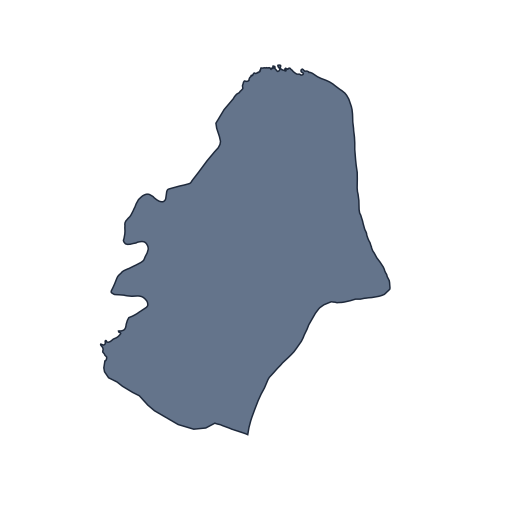 Xonbuly, Savannakhét, Laos (Albers equal-area conic projection), rotated 125°
{"feature_id": "54806243B48815004999342", "entity_name": "Xonbuly", "entity_type": "district", "adm_level": 2, "iso_a3": "LAO", "parent_name": "Laos", "parent_adm1": "Savannakhét", "projection": "albers", "projection_center": [105.481, 16.402], "detail": "fine", "context": "isolated", "style": "filled", "palette": "slate", "viewbox_px": 512, "rotation_deg": 125, "n_neighbors": 0, "source": "geoboundaries", "source_scale": "gbopen_adm2", "svg_char_len": 5985}
<svg xmlns="http://www.w3.org/2000/svg" viewBox="0 0 512 512"><g transform="rotate(125 256 256)"><path d="M74.9,318.4L75.2,320.0L75.4,320.5L75.7,320.9L76.6,322.0L76.6,322.5L76.3,324.1L76.3,324.9L76.3,325.2L76.7,325.5L77.3,325.7L77.9,325.7L78.6,325.3L78.9,325.0L79.2,324.4L79.1,322.4L79.3,321.9L79.5,321.7L80.0,321.6L80.7,321.7L82.0,322.8L82.0,324.2L82.1,324.7L83.3,326.3L83.6,327.0L83.7,328.2L83.6,331.2L83.1,332.9L83.1,334.2L82.9,335.0L82.7,335.6L82.8,336.1L83.0,336.5L83.3,336.8L83.7,336.8L84.1,337.0L84.4,337.0L84.6,337.4L84.8,337.3L85.0,337.4L85.2,338.8L85.1,339.3L85.3,339.5L86.3,339.6L86.4,339.4L86.2,339.1L86.2,338.9L86.6,338.5L86.8,337.8L87.2,337.7L87.4,337.8L87.6,338.3L87.8,339.1L87.8,339.7L88.3,340.5L88.4,341.6L88.6,342.0L88.3,343.4L88.2,343.7L87.5,344.3L86.2,344.7L85.8,345.2L85.9,345.8L86.4,346.7L86.9,347.0L87.1,347.4L87.4,347.4L87.8,347.1L88.1,346.5L88.4,346.2L88.4,345.6L88.7,345.2L88.8,344.4L88.9,344.1L89.1,343.8L89.7,343.4L90.8,343.3L91.2,343.4L92.2,343.9L92.4,344.1L92.4,344.3L92.4,344.8L91.7,347.4L91.6,348.0L91.4,348.2L90.6,348.6L90.0,349.3L90.0,349.6L90.2,349.8L91.0,349.5L90.5,350.5L90.5,350.9L90.7,351.0L91.0,350.6L91.3,350.7L91.7,350.5L91.9,350.4L92.0,349.8L92.4,349.7L92.5,349.7L92.9,350.1L93.1,350.8L93.3,350.8L93.7,350.6L94.0,350.8L94.5,350.8L94.5,351.0L94.1,351.4L93.9,351.7L94.1,352.0L94.0,352.5L94.1,353.0L94.2,353.3L94.7,353.6L94.8,353.9L95.5,354.7L95.8,355.5L96.0,355.5L96.3,356.0L96.7,356.3L97.1,357.3L97.6,357.6L97.8,357.9L98.3,358.3L98.8,359.3L99.3,359.8L100.3,359.3L101.8,359.2L102.0,359.0L102.0,358.7L103.2,358.7L103.7,359.2L103.8,359.4L104.1,359.6L104.4,359.7L105.0,359.6L105.3,360.1L106.5,360.7L106.7,361.0L106.9,361.4L106.9,361.8L107.1,362.4L107.5,362.6L109.3,362.6L109.8,362.4L110.1,362.4L110.5,362.7L110.6,363.4L110.8,363.5L111.1,363.5L111.5,363.3L111.6,363.1L111.9,363.1L113.0,363.4L113.9,363.4L115.4,363.0L115.9,362.6L116.2,362.5L116.6,362.6L117.5,363.0L118.3,363.8L118.6,364.2L118.9,365.1L119.3,365.9L120.9,365.9L121.8,365.5L124.4,364.7L125.9,363.2L126.3,362.9L126.8,362.8L129.1,363.1L130.0,363.4L131.8,363.4L134.6,364.7L137.7,365.0L140.3,364.8L154.3,366.1L170.2,365.0L173.9,361.5L179.2,354.4L182.5,350.8L185.2,349.5L189.1,349.0L194.3,349.7L205.9,350.7L220.6,351.1L231.0,351.6L231.8,351.5L233.2,351.5L234.2,351.7L235.4,352.5L238.9,355.4L242.6,358.8L249.6,364.6L251.1,365.8L252.0,366.3L252.6,366.4L253.6,366.3L254.6,366.0L259.1,363.7L260.9,362.8L262.4,362.5L264.0,362.8L265.0,363.4L265.8,364.6L266.2,365.4L266.7,367.0L266.9,369.6L266.7,372.9L266.4,374.2L266.4,375.0L266.7,378.4L267.1,379.6L267.9,380.8L268.7,381.6L270.2,382.6L271.8,383.4L273.7,383.9L277.1,384.6L281.9,384.1L285.1,383.3L287.9,382.9L289.1,382.6L293.5,382.0L294.8,381.9L296.2,381.9L298.1,382.3L302.1,382.7L304.0,382.3L305.3,381.6L306.4,380.7L308.0,379.7L310.9,377.5L313.2,376.1L317.3,374.2L319.2,373.6L319.7,373.1L320.4,371.9L320.9,369.9L320.2,367.9L318.5,365.8L316.1,363.7L314.2,361.8L312.7,361.0L311.3,359.7L309.5,357.7L308.5,355.6L308.5,354.0L308.8,352.7L309.7,350.8L310.3,349.9L311.5,348.7L312.4,348.1L316.0,346.9L320.0,346.4L322.6,345.8L323.8,345.6L325.1,345.8L327.2,346.5L332.4,349.2L334.3,350.3L339.1,352.9L340.2,353.7L343.6,355.7L345.0,356.3L345.9,356.6L347.3,356.7L350.5,357.4L352.2,357.5L354.1,357.2L360.0,355.8L363.7,355.1L367.6,354.5L368.6,354.0L369.0,353.1L368.9,351.6L368.9,350.9L368.6,349.6L366.1,345.6L363.7,341.5L363.5,340.8L362.5,338.7L360.2,334.6L356.4,329.8L355.6,328.3L354.9,326.6L354.6,324.9L354.7,322.8L355.4,319.8L356.0,318.7L356.6,317.9L357.7,316.9L358.4,316.4L359.2,316.2L360.9,316.3L368.7,319.4L371.7,320.5L374.2,321.7L376.3,322.8L379.4,324.8L381.3,324.6L382.6,324.4L386.3,323.2L387.9,322.4L389.4,321.8L390.6,321.6L391.6,321.6L392.9,322.0L394.7,323.4L395.5,324.6L396.3,325.6L396.9,325.0L397.0,324.6L396.7,323.0L397.0,322.4L397.4,322.3L398.2,322.3L400.4,322.6L401.3,322.8L402.9,323.4L405.9,325.2L409.1,326.1L409.8,326.4L411.0,327.2L411.4,327.5L411.8,328.3L412.0,328.9L411.8,329.2L411.4,329.8L411.3,330.3L411.5,330.7L411.9,330.8L412.3,330.7L414.1,329.2L414.9,329.2L415.7,329.4L416.4,329.8L416.6,330.3L417.1,332.4L417.2,332.6L417.8,332.4L418.2,331.6L418.7,329.7L419.1,328.9L419.8,328.0L420.4,327.5L421.3,327.2L422.5,326.5L422.7,326.0L423.1,324.3L424.0,322.7L424.3,320.6L424.8,320.1L426.0,319.4L427.1,319.2L427.8,319.1L428.2,319.2L428.6,319.6L434.9,316.5L437.7,313.7L440.3,306.9L438.9,297.5L439.3,290.8L438.5,278.9L437.4,271.4L440.2,259.1L441.0,250.4L438.7,223.1L433.6,207.7L425.7,198.5L416.5,193.8L416.3,192.8L415.6,190.8L414.6,188.4L414.1,185.9L412.3,179.2L411.7,176.3L408.3,165.2L407.4,162.0L407.1,160.3L400.5,163.4L394.0,165.8L390.4,166.9L382.9,168.9L373.2,171.3L366.2,172.6L359.2,173.4L350.3,175.3L347.7,175.5L341.3,174.6L335.8,174.0L330.9,173.2L328.5,173.0L320.5,171.3L316.7,170.6L312.7,170.0L308.8,169.9L299.9,169.9L295.8,170.5L293.0,171.2L286.6,172.2L282.2,173.3L268.8,174.5L263.4,174.3L261.8,174.1L257.0,172.4L251.5,168.9L250.3,168.1L249.3,166.1L248.4,164.6L248.1,163.5L247.6,162.6L246.8,161.7L244.9,159.2L243.1,157.3L238.5,153.1L234.3,149.8L231.5,145.8L228.6,143.1L227.2,141.5L225.7,139.9L223.7,137.4L218.8,132.5L217.4,131.3L215.8,130.1L213.9,128.9L212.4,128.5L210.7,128.2L208.0,127.6L206.3,127.4L205.1,128.1L202.7,130.1L201.2,131.3L199.7,132.8L197.7,136.6L196.2,138.4L195.4,140.2L194.3,142.1L193.3,143.3L192.0,145.5L189.8,151.0L188.2,156.0L185.7,161.0L185.0,163.0L183.8,164.9L182.9,166.2L182.2,166.8L181.4,168.1L179.8,170.1L178.6,172.5L177.3,174.6L175.4,177.2L174.0,178.5L173.0,180.0L172.1,181.7L171.4,182.7L168.2,186.6L166.2,188.8L163.6,192.2L162.5,193.6L161.4,195.7L158.8,198.2L151.5,203.6L146.8,207.9L145.1,209.8L142.2,212.2L134.8,217.2L129.5,221.0L124.2,226.0L120.3,229.4L112.1,236.2L106.8,239.9L102.2,243.5L99.5,245.9L97.3,247.9L95.5,249.3L90.7,253.6L86.4,256.8L84.3,258.4L81.0,261.3L78.9,263.6L74.3,269.9L72.4,273.9L71.6,276.6L71.3,280.6L71.4,282.7L71.2,288.7L71.0,291.6L71.2,295.3L71.5,297.2L72.0,299.8L73.2,304.4L73.9,308.5L74.0,314.6L74.5,316.8L75.3,317.9L74.9,318.4Z" fill="#64748b" stroke="#1e293b" stroke-width="1.5"/></g></svg>